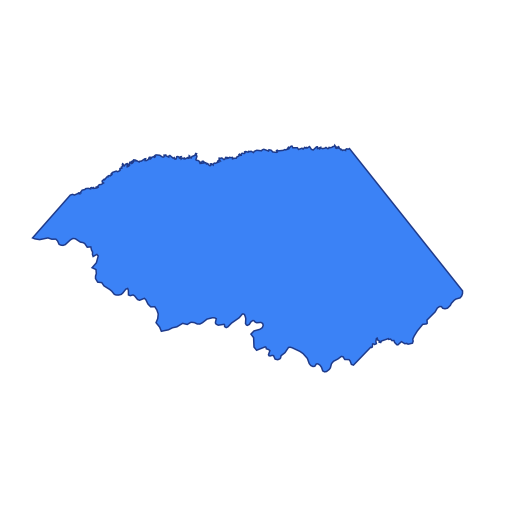 Ipixuna, Amazonas, Brazil, rotated 224°
{"feature_id": "56859067B61069668278252", "entity_name": "Ipixuna", "entity_type": "district", "adm_level": 2, "iso_a3": "BRA", "parent_name": "Brazil", "parent_adm1": "Amazonas", "projection": "robinson", "projection_center": [-71.319, -7.144], "detail": "fine", "context": "isolated", "style": "filled", "palette": "blue", "viewbox_px": 512, "rotation_deg": 224, "n_neighbors": 0, "source": "geoboundaries", "source_scale": "gbopen_adm2", "svg_char_len": 6139}
<svg xmlns="http://www.w3.org/2000/svg" viewBox="0 0 512 512"><g transform="rotate(224 256 256)"><path d="M83.2,374.4L263.4,398.2L263.6,397.2L265.4,395.9L265.4,394.6L264.9,394.1L266.4,393.4L267.1,392.0L268.5,392.1L268.8,391.4L269.4,391.7L271.3,391.1L271.7,391.9L272.5,392.0L272.5,389.6L273.2,389.2L273.7,390.2L274.2,389.4L274.7,390.0L276.2,390.3L275.8,389.6L276.8,387.9L276.8,387.0L277.8,385.5L278.9,384.9L278.5,383.8L279.0,383.0L281.1,382.7L281.3,381.5L282.6,379.5L284.3,378.9L284.7,377.1L285.4,377.0L285.5,378.0L286.4,376.0L287.7,377.2L288.3,376.5L288.5,372.0L290.2,371.2L293.5,371.9L294.3,369.0L295.1,369.1L295.5,368.0L296.4,368.0L296.4,365.6L297.8,365.5L299.4,362.2L301.5,362.6L304.7,359.4L306.3,360.1L306.9,359.6L307.2,358.6L307.0,356.8L308.2,356.8L308.0,355.3L307.1,355.4L308.4,352.9L309.2,352.6L309.8,350.9L313.0,347.1L314.2,346.9L314.5,346.1L312.9,345.5L313.2,344.8L316.1,342.5L318.6,342.6L320.5,341.4L319.9,340.2L324.5,338.2L325.2,336.8L325.2,335.4L328.9,332.6L329.9,330.2L329.7,328.6L332.4,327.9L332.8,326.8L333.9,326.4L333.8,325.2L336.1,323.9L336.5,323.1L335.6,322.6L335.7,321.5L337.4,320.2L337.4,318.9L336.6,318.2L337.1,317.6L338.6,317.8L338.7,317.0L337.9,316.5L337.9,315.4L338.6,314.4L338.1,312.6L339.2,311.6L340.3,309.7L340.9,310.5L341.6,310.5L342.0,309.6L343.6,308.6L343.7,307.5L344.8,307.0L344.3,306.6L344.7,305.9L345.7,306.3L346.3,305.9L345.7,303.9L346.0,303.1L348.7,302.8L349.2,301.8L350.5,300.8L349.9,300.1L348.1,299.6L349.2,299.0L349.5,298.1L349.1,296.9L348.3,297.4L349.6,294.4L350.5,293.9L350.7,292.3L350.1,291.7L352.1,291.4L352.7,290.7L351.6,290.2L351.6,289.3L352.3,288.7L355.0,288.9L355.2,288.0L355.9,287.8L356.9,288.3L358.5,286.7L358.9,287.6L359.9,287.5L360.5,286.7L360.1,285.8L360.8,285.2L360.2,284.8L359.4,285.1L360.5,283.7L362.6,284.7L364.1,284.4L365.4,283.4L366.2,283.6L367.7,286.6L368.5,287.0L369.3,286.7L369.8,288.3L370.6,287.9L369.9,285.8L371.2,283.1L370.7,281.5L372.0,280.8L372.8,281.8L373.7,281.7L372.2,279.7L372.7,279.1L373.5,279.3L374.5,276.4L375.5,276.8L375.8,275.6L376.5,275.7L377.1,274.9L377.2,273.7L377.8,274.0L378.8,273.4L379.1,274.1L381.4,273.2L382.0,272.4L380.9,270.4L381.5,269.4L383.2,270.0L383.4,268.8L387.8,268.5L388.2,267.0L387.6,266.5L390.5,265.5L391.1,266.0L392.2,264.6L391.4,264.2L391.1,263.1L392.0,262.2L395.2,261.6L397.8,259.6L398.4,258.8L398.5,257.8L397.4,257.5L397.6,256.4L398.6,256.5L400.0,253.6L400.9,253.5L401.3,252.7L400.5,250.7L401.1,248.5L402.1,247.6L403.0,249.3L403.5,248.7L404.4,244.6L405.5,243.3L405.3,242.5L407.9,241.7L408.4,241.0L409.1,241.4L410.8,240.2L410.7,239.2L409.6,239.2L409.4,237.3L411.0,237.9L411.3,237.2L410.3,236.8L410.0,236.0L411.8,235.6L411.0,234.0L410.1,233.7L410.0,232.4L410.7,232.1L410.2,231.6L410.6,230.7L411.2,231.2L411.4,232.0L412.4,232.2L411.8,233.0L412.8,233.1L413.3,232.2L413.6,231.1L413.4,229.2L414.6,229.1L414.3,227.2L414.6,226.4L413.6,225.9L414.6,224.5L414.4,223.9L413.4,223.6L413.3,222.6L414.1,220.5L415.5,220.0L417.3,216.4L417.2,214.4L416.4,214.8L416.2,214.1L416.5,212.4L417.6,211.8L418.0,210.8L417.4,210.2L418.2,209.3L417.9,205.7L418.6,205.7L418.8,203.1L418.0,202.4L416.4,202.6L417.0,200.0L418.3,198.4L418.2,196.3L417.3,195.9L417.6,194.9L418.4,195.2L418.9,194.7L418.2,193.7L419.7,191.9L420.4,192.3L420.8,191.1L421.7,191.2L422.2,190.3L421.6,189.4L423.7,188.1L425.3,186.2L425.3,185.0L426.8,182.6L426.5,180.1L425.9,179.7L427.2,178.4L426.3,178.1L427.5,177.3L429.0,173.7L430.8,172.9L431.9,170.8L429.3,113.8L427.0,114.7L423.0,117.5L418.2,124.5L414.6,126.2L411.7,129.1L409.3,129.0L405.7,127.6L403.7,128.4L402.2,129.6L401.1,131.7L400.7,138.8L399.9,141.4L398.0,142.9L392.0,144.0L389.7,145.5L387.9,146.0L383.5,145.1L381.2,147.8L378.6,146.1L376.3,145.3L374.7,143.5L372.8,142.5L371.6,146.6L369.5,146.4L366.1,140.2L365.8,133.7L361.7,135.1L358.6,132.4L357.5,130.1L355.8,128.3L351.7,127.2L348.5,129.7L344.6,128.9L338.0,130.3L335.3,130.5L331.3,130.0L329.5,130.8L327.7,132.5L326.3,134.7L326.1,136.9L326.6,141.7L325.8,143.5L324.0,142.7L320.7,139.4L318.9,140.1L317.4,142.6L315.7,143.0L311.0,142.4L309.0,143.3L306.9,148.0L304.8,148.0L300.4,146.4L298.2,146.3L296.4,146.3L293.6,149.2L289.8,148.3L286.1,146.4L283.2,142.7L281.6,138.6L275.9,137.9L271.8,136.1L267.7,142.1L266.2,146.4L263.7,150.1L262.0,156.6L257.9,159.0L256.9,162.8L256.3,163.6L254.0,165.3L251.0,166.3L249.1,168.1L248.2,170.8L247.4,176.6L244.4,181.4L242.8,182.8L241.0,183.3L239.1,180.1L238.4,179.5L237.2,179.3L235.1,180.0L231.5,184.7L230.8,184.6L229.5,183.4L227.7,183.8L227.0,185.5L227.0,190.7L225.2,199.9L225.5,204.8L224.7,205.6L223.7,205.9L221.5,204.9L219.8,203.8L216.6,200.1L214.9,199.7L214.0,200.1L213.3,202.1L213.9,205.0L213.5,207.3L212.7,208.0L210.6,207.9L209.1,208.5L206.4,211.6L204.4,212.1L202.7,211.2L201.7,208.9L202.2,206.1L205.4,200.7L205.4,196.3L201.0,195.6L194.2,189.1L190.1,188.6L186.3,197.0L185.4,197.3L184.1,196.4L182.1,197.4L180.3,197.6L178.4,193.6L177.3,193.3L176.4,193.9L175.4,195.7L174.2,196.5L170.6,195.1L168.3,196.5L167.4,198.6L167.5,199.7L168.7,201.7L168.0,206.6L169.1,212.8L168.1,214.1L166.3,215.1L158.1,217.9L154.3,218.5L147.9,218.0L143.0,215.6L140.5,215.3L138.4,216.0L137.6,216.8L137.1,217.7L137.6,220.1L137.1,221.0L135.9,221.6L134.0,221.9L131.5,221.4L128.2,219.7L126.2,220.3L125.0,221.9L124.5,225.3L124.8,227.2L126.9,231.0L127.1,234.1L125.5,239.0L124.9,243.0L123.4,244.0L120.3,243.2L117.1,246.1L115.2,245.8L112.1,244.3L110.1,245.2L110.1,270.1L109.4,270.3L109.1,271.3L111.0,273.7L110.4,274.4L109.2,274.7L108.5,276.6L110.3,277.7L112.0,280.2L111.8,281.1L109.8,280.1L107.9,280.6L107.5,279.6L106.2,280.4L106.7,282.0L103.4,288.5L102.6,288.2L101.5,289.7L99.4,289.6L98.1,291.0L96.2,290.1L93.0,290.0L92.2,290.7L91.9,295.4L88.0,296.3L86.8,297.9L86.1,297.8L85.1,298.5L82.9,302.0L83.8,303.9L85.5,305.1L86.6,308.2L87.9,314.2L88.6,322.6L86.2,325.6L86.1,326.5L88.5,328.7L88.3,340.2L89.4,344.5L88.9,347.1L87.5,348.4L85.4,348.1L83.4,349.3L82.0,351.5L81.9,355.5L82.6,357.7L82.7,362.1L82.2,364.1L80.1,367.7L80.3,370.2L81.4,372.5L83.2,374.4ZM400.0,253.6L399.3,253.4L399.3,252.5L400.1,251.8L400.4,252.6L400.0,253.6ZM414.6,229.1L415.3,229.8L416.0,229.7L415.5,228.7L414.6,229.1ZM379.1,274.1L378.5,274.8L378.8,275.5L379.2,275.0L379.1,274.1Z" fill="#3b82f6" stroke="#1e3a8a" stroke-width="1.5"/></g></svg>